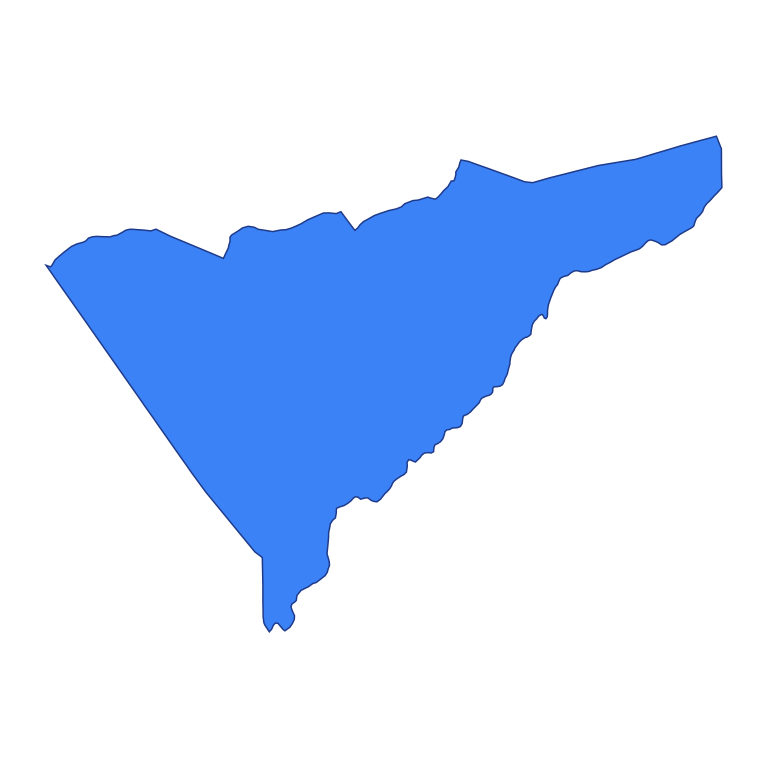 Astacinga, Puebla, Mexico (Mercator projection)
{"feature_id": "50627088B26484919164415", "entity_name": "Astacinga", "entity_type": "district", "adm_level": 2, "iso_a3": "MEX", "parent_name": "Mexico", "parent_adm1": "Puebla", "projection": "mercator", "projection_center": [-97.094, 18.555], "detail": "fine", "context": "isolated", "style": "filled", "palette": "blue", "viewbox_px": 768, "rotation_deg": 0, "n_neighbors": 0, "source": "geoboundaries", "source_scale": "gbopen_adm2", "svg_char_len": 4341}
<svg xmlns="http://www.w3.org/2000/svg" viewBox="0 0 768 768"><path d="M269.3,631.8L271.7,629.1L273.2,625.6L275.1,623.2L277.8,623.2L279.5,625.1L281.6,627.7L283.1,629.5L284.9,630.8L289.9,627.2L292.5,623.3L294.3,619.4L294.5,615.7L293.3,613.1L291.8,609.5L291.0,607.1L291.8,604.1L295.0,601.8L296.3,600.4L296.9,595.6L300.9,590.5L305.7,588.0L308.4,586.8L313.0,583.4L316.1,582.6L320.3,579.4L325.2,575.5L327.3,572.2L328.2,568.8L329.5,565.2L329.2,561.4L328.3,558.2L327.0,553.9L327.4,549.8L328.0,543.8L328.5,538.2L328.7,532.1L329.6,528.2L330.3,523.9L332.5,520.4L335.4,517.9L336.3,512.8L336.3,509.9L336.7,508.2L340.0,506.8L344.0,505.6L347.8,503.3L350.9,500.9L353.0,498.5L355.4,496.7L358.1,497.2L360.6,499.2L363.9,498.3L366.2,497.8L368.1,498.0L371.0,500.3L373.8,501.4L377.0,501.8L380.4,499.3L385.0,493.5L387.1,491.6L389.8,488.6L391.5,485.8L392.5,483.3L394.1,481.1L396.7,479.0L400.7,476.3L403.9,474.6L406.4,472.1L406.9,468.9L407.3,465.5L407.0,462.5L408.6,459.7L411.2,460.2L413.3,461.3L415.5,462.0L420.2,457.5L421.6,455.3L424.5,453.0L428.6,452.6L431.2,453.0L433.6,451.7L433.9,447.8L434.9,444.8L437.8,443.5L440.5,441.7L442.8,438.9L444.4,434.3L444.9,431.7L446.8,429.9L449.6,429.5L452.4,428.0L454.5,427.9L457.7,427.6L460.4,426.5L462.1,423.6L462.5,420.5L462.9,417.4L463.9,415.6L467.1,414.5L470.7,411.7L473.1,409.0L477.0,405.1L479.3,402.6L480.2,400.5L481.5,398.4L484.3,396.9L486.8,395.9L489.1,395.3L491.0,394.2L492.5,392.2L492.8,390.9L492.7,388.8L493.3,387.5L494.2,386.7L497.0,386.7L500.1,386.1L502.5,384.6L504.2,381.2L505.1,378.2L506.6,375.6L507.6,372.8L508.1,370.3L509.0,367.1L509.9,364.0L510.0,361.2L510.7,356.9L511.7,353.9L513.9,350.4L515.1,347.7L516.9,345.4L519.1,342.3L521.8,339.6L525.1,337.5L527.0,337.1L528.7,336.1L530.8,334.4L531.2,330.8L531.9,326.7L532.5,324.3L534.3,321.2L537.0,318.4L538.6,316.2L540.6,314.8L542.0,314.4L543.1,315.5L543.9,317.1L544.4,318.1L545.9,318.7L547.1,317.1L547.5,314.6L547.5,311.1L547.9,307.6L548.5,304.4L549.6,301.2L550.8,297.7L554.0,289.8L555.7,286.8L557.5,284.6L559.1,280.6L560.3,278.2L563.4,276.6L567.8,275.4L571.1,272.7L574.0,271.1L576.2,270.7L578.2,270.9L581.0,271.7L585.5,271.8L588.7,271.5L592.4,270.2L596.3,269.4L601.3,267.6L605.6,264.7L610.4,262.2L615.2,259.4L620.0,257.2L624.7,254.9L631.2,251.8L636.2,250.1L639.6,248.7L642.7,246.2L645.5,243.0L648.2,240.6L650.8,239.9L654.5,241.0L658.1,242.5L661.7,244.9L665.2,244.7L671.9,240.9L675.7,237.8L679.9,234.4L683.6,232.2L687.2,230.2L692.0,227.5L693.8,225.9L694.6,223.1L695.6,220.3L696.5,218.3L700.0,214.9L702.5,211.7L704.2,207.2L706.7,203.7L710.0,200.6L711.5,198.9L714.3,195.8L717.3,192.8L720.3,189.5L721.9,187.6L721.5,174.3L721.4,148.9L716.4,136.2L708.3,138.4L699.3,140.8L691.3,143.0L681.2,145.7L669.6,149.2L655.7,153.3L639.8,158.1L635.8,159.3L618.3,162.2L607.4,164.0L598.4,165.5L589.7,167.7L577.4,170.8L568.4,173.1L557.3,175.9L549.7,177.8L532.7,182.7L524.7,181.8L511.2,176.8L501.7,173.4L492.4,170.0L485.7,167.6L478.8,165.2L468.3,161.4L461.0,160.0L459.9,162.7L458.8,167.0L455.8,172.0L455.9,174.2L455.1,177.8L454.4,179.6L453.9,180.9L451.2,181.0L448.6,185.5L448.1,186.5L443.7,190.6L440.7,194.2L437.9,197.2L435.3,199.2L430.7,198.1L427.8,197.1L424.2,198.2L418.0,200.1L412.8,200.6L406.3,203.1L404.7,203.8L401.2,207.0L400.7,207.2L399.8,207.5L396.3,208.9L388.6,210.6L381.1,213.1L374.4,215.5L368.3,219.0L363.5,221.6L360.2,224.6L357.7,228.0L354.9,230.4L349.2,222.9L340.9,211.7L336.2,213.6L329.1,212.9L323.5,213.0L317.8,215.4L313.2,217.4L307.7,219.8L300.8,223.9L296.0,226.1L291.6,228.0L285.9,229.7L280.7,230.0L272.7,231.6L265.4,230.4L258.3,229.3L254.1,227.2L248.1,226.3L242.3,228.0L239.1,230.3L235.7,232.5L231.8,234.9L230.0,237.1L230.0,241.5L228.9,245.1L228.3,248.1L226.1,252.5L223.4,258.4L210.4,252.9L196.3,247.0L184.8,242.2L170.6,236.3L156.0,229.2L150.8,230.9L143.7,230.1L137.7,229.7L132.8,229.3L129.6,229.3L125.6,230.3L122.3,232.3L117.0,235.2L114.0,235.6L109.9,236.9L103.5,236.7L96.9,236.4L92.3,236.8L88.5,238.1L85.9,240.9L83.3,242.2L76.7,244.0L71.4,246.5L64.1,252.1L59.2,256.2L55.0,260.0L52.4,264.6L50.7,266.9L46.1,265.3L58.4,282.9L81.5,315.7L121.6,372.9L129.3,383.9L138.2,396.5L145.3,406.8L152.3,416.6L161.4,429.7L168.7,440.1L172.9,446.1L180.7,457.2L186.2,464.9L191.6,472.7L197.9,481.3L205.5,491.7L247.4,542.8L254.9,551.9L262.3,557.5L262.9,585.5L262.9,602.3L263.1,611.9L263.1,616.6L263.9,622.8L265.0,625.3L269.3,631.8Z" fill="#3b82f6" stroke="#1e3a8a" stroke-width="1.5"/></svg>